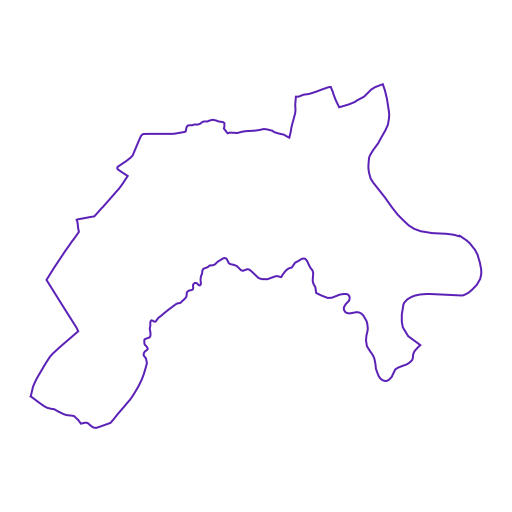 the district of Quan 12, Hồ Chí Minh city, Vietnam
{"feature_id": "81297802B78652503258302", "entity_name": "Quan 12", "entity_type": "district", "adm_level": 2, "iso_a3": "VNM", "parent_name": "Vietnam", "parent_adm1": "Hồ Chí Minh city", "projection": "mercator", "projection_center": [106.659, 10.861], "detail": "fine", "context": "isolated", "style": "outline", "palette": "violet", "viewbox_px": 512, "rotation_deg": 0, "n_neighbors": 0, "source": "geoboundaries", "source_scale": "gbopen_adm2", "svg_char_len": 5318}
<svg xmlns="http://www.w3.org/2000/svg" viewBox="0 0 512 512"><path d="M81.0,423.7L84.0,422.9L85.8,422.7L87.0,422.8L88.3,423.5L90.5,425.5L92.7,427.1L93.8,427.6L95.2,427.8L96.5,427.8L99.0,427.0L110.5,422.9L113.6,419.3L117.7,414.1L124.5,406.2L126.9,403.3L127.4,402.7L127.6,402.5L130.5,399.1L131.2,398.1L133.8,394.2L138.3,386.6L141.8,379.5L143.9,373.8L145.4,368.7L146.8,363.7L146.8,362.5L146.5,360.9L145.9,358.3L144.4,356.4L143.8,355.6L143.7,354.9L143.6,354.0L144.1,352.7L144.8,351.6L147.3,349.6L147.7,349.1L147.6,348.2L147.0,347.1L146.2,346.1L144.9,344.8L144.5,344.0L144.4,343.0L144.3,341.2L144.4,340.1L144.4,339.7L144.8,339.2L146.8,338.4L149.3,337.5L150.1,336.7L150.5,335.2L150.4,332.2L149.8,329.3L149.8,328.3L150.3,325.9L150.3,322.9L150.5,321.6L150.7,321.1L151.2,320.5L151.7,320.3L152.7,320.8L154.4,321.7L155.1,321.7L155.9,321.2L158.3,317.9L161.0,315.9L164.0,313.3L169.0,309.3L175.9,304.2L177.6,303.3L179.9,303.1L180.6,302.7L182.1,301.2L185.1,298.5L186.2,297.0L186.6,295.8L186.7,293.6L187.0,292.2L187.7,291.4L188.0,291.3L188.9,290.6L191.4,290.1L192.6,289.6L193.1,288.6L193.2,287.5L193.0,286.0L193.0,285.2L193.5,284.1L194.5,283.1L195.7,282.9L197.0,283.3L198.2,284.7L199.0,285.3L199.7,285.4L200.5,284.8L200.9,283.7L200.6,280.6L200.6,278.6L201.1,275.8L202.0,273.8L202.4,270.6L203.0,269.3L204.0,268.5L206.7,267.6L208.4,266.6L209.6,265.5L210.8,265.4L212.5,265.3L213.8,264.9L214.8,264.5L217.7,261.7L223.3,258.3L224.7,258.0L226.5,258.7L227.7,260.9L228.8,263.2L230.3,264.1L234.0,264.9L236.9,266.1L241.0,270.2L242.9,270.8L247.3,269.2L249.4,269.6L252.0,271.8L258.5,278.0L261.6,279.1L267.5,279.2L272.9,277.2L275.9,276.2L277.5,276.2L281.3,277.1L282.5,274.9L285.6,270.8L287.3,269.4L289.0,268.3L291.8,267.5L294.2,264.0L295.0,262.8L299.2,260.5L301.4,259.0L303.3,258.5L305.0,258.7L305.8,259.4L307.1,261.0L309.4,266.0L311.1,268.8L312.5,270.4L313.2,273.1L312.7,280.2L312.9,282.2L313.9,284.8L315.3,286.9L315.5,288.4L316.2,293.0L321.6,295.6L327.6,297.9L331.6,297.8L334.5,296.7L339.8,294.6L343.7,294.0L346.4,294.0L348.4,294.8L349.5,296.7L349.6,298.6L349.2,300.5L345.7,304.2L344.2,306.7L343.8,308.1L344.0,310.0L345.3,312.1L347.1,313.1L349.9,313.4L356.9,312.1L359.5,312.6L361.5,313.7L361.6,313.8L363.7,316.0L366.5,321.1L366.8,322.0L367.3,323.9L367.8,328.6L367.4,331.6L366.4,335.7L366.0,340.3L366.9,346.1L369.0,349.6L372.6,354.8L373.8,357.1L374.5,359.2L375.4,363.8L375.9,368.7L377.1,372.1L377.6,373.5L378.5,375.6L379.7,377.7L380.7,378.8L382.0,379.8L383.5,380.6L384.9,380.9L385.9,381.0L387.0,380.8L388.1,380.3L389.3,379.5L390.8,377.9L391.9,376.6L392.8,374.5L395.3,369.4L398.0,367.7L402.2,366.0L406.7,364.4L409.2,362.8L411.1,361.2L412.2,359.9L412.9,358.0L413.0,355.4L413.3,354.2L413.8,352.5L414.9,350.7L417.6,347.7L420.3,345.1L418.2,343.5L408.2,336.2L404.9,330.8L402.8,327.3L401.8,321.6L401.8,314.7L403.4,304.7L404.2,302.7L407.3,299.4L411.3,297.0L414.9,295.6L420.1,294.5L426.4,294.0L430.3,294.0L461.8,295.5L463.3,295.3L466.0,294.1L468.8,292.5L472.1,289.7L476.8,284.8L480.2,278.9L481.0,275.3L481.3,273.0L481.2,269.6L479.9,262.7L477.4,254.2L477.2,254.0L475.1,250.0L469.8,243.3L466.7,240.5L462.6,237.7L459.6,235.7L459.2,236.3L454.1,234.8L446.5,233.8L432.1,233.1L420.6,231.2L414.1,228.8L408.7,225.4L402.8,219.8L398.6,215.6L397.5,214.4L392.2,207.7L384.8,197.3L373.2,182.6L370.6,178.5L369.0,172.6L368.5,169.3L368.4,165.9L368.7,161.6L369.1,157.6L370.2,154.9L373.2,150.0L377.7,143.9L378.2,143.3L379.1,141.4L385.5,130.1L387.9,124.7L389.0,118.3L389.2,114.5L388.9,111.2L388.2,106.9L386.9,98.6L384.9,90.3L383.2,85.4L382.8,84.2L375.2,87.1L371.4,89.4L366.4,94.4L364.0,96.7L356.7,100.6L355.2,101.8L348.9,104.4L339.2,107.3L335.8,100.3L333.5,94.3L332.7,91.6L331.0,87.6L330.8,87.0L330.0,87.0L329.2,87.1L327.6,87.5L322.4,89.3L317.2,91.3L312.8,92.8L309.6,93.8L307.5,94.2L304.9,94.5L303.1,94.8L300.8,95.8L298.3,96.7L296.8,96.7L296.7,96.7L295.9,96.7L295.2,104.7L295.5,110.0L295.1,113.4L293.8,118.4L292.2,124.2L291.2,128.5L290.9,131.0L289.3,137.7L287.0,136.5L283.7,134.6L278.3,133.4L274.4,132.2L272.2,130.7L267.1,129.4L263.9,129.0L258.9,130.1L254.3,130.7L246.3,131.1L242.2,131.7L237.3,133.0L232.1,132.7L229.5,132.7L227.6,133.3L225.2,130.2L223.9,128.5L224.4,126.3L224.4,123.1L222.8,122.0L219.1,121.6L216.1,120.5L213.0,119.8L211.5,120.0L209.2,120.7L207.4,121.5L205.1,121.4L202.7,121.8L202.2,122.2L201.3,122.8L200.2,123.7L198.2,124.5L195.8,124.5L193.7,124.6L192.5,125.2L189.4,125.3L187.9,125.5L186.7,126.9L186.3,128.3L185.7,131.4L184.4,132.0L180.8,132.6L176.2,133.4L173.8,133.8L169.7,133.9L148.1,133.9L143.4,134.0L142.4,134.5L141.5,135.3L140.7,136.5L138.9,140.6L132.6,155.6L130.3,157.9L125.8,161.4L123.5,162.9L117.7,166.8L117.3,167.8L117.4,169.0L121.4,171.9L127.7,176.0L122.7,183.6L121.9,184.7L119.3,188.3L116.0,192.0L115.5,192.6L102.6,207.3L101.7,208.1L97.1,213.3L94.3,216.4L90.9,216.9L86.8,217.7L79.7,219.0L77.8,219.3L77.2,219.5L76.6,219.9L77.0,220.6L77.3,221.3L77.4,222.3L77.7,223.7L78.0,226.9L78.3,229.0L78.7,230.9L78.9,231.9L74.6,238.0L71.9,241.5L69.1,245.6L65.2,251.0L62.4,255.3L54.1,267.7L48.2,277.2L46.5,279.9L48.0,282.3L62.8,306.0L76.6,327.8L78.2,331.3L59.6,347.3L52.9,353.5L49.9,356.8L45.5,363.6L37.1,377.9L34.9,382.2L33.0,386.8L31.2,394.5L30.8,396.4L30.7,396.5L31.6,397.0L39.2,402.7L44.1,406.2L47.2,407.8L51.1,408.8L54.2,409.2L58.4,411.6L63.8,414.2L66.4,415.1L71.6,415.6L74.1,416.1L78.1,419.9L81.0,423.7Z" fill="none" stroke="#5b21b6" stroke-width="2"/></svg>